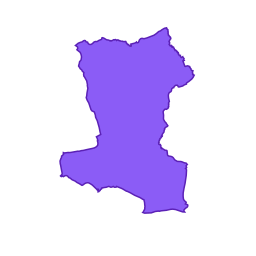 outline of Mueang Sukhothai, Sukhothai, Thailand, rotated 75°
{"feature_id": "78962969B37959209018419", "entity_name": "Mueang Sukhothai", "entity_type": "district", "adm_level": 2, "iso_a3": "THA", "parent_name": "Thailand", "parent_adm1": "Sukhothai", "projection": "mercator", "projection_center": [99.745, 17.015], "detail": "fine", "context": "isolated", "style": "filled", "palette": "violet", "viewbox_px": 256, "rotation_deg": 75, "n_neighbors": 0, "source": "geoboundaries", "source_scale": "gbopen_adm2", "svg_char_len": 5634}
<svg xmlns="http://www.w3.org/2000/svg" viewBox="0 0 256 256"><g transform="rotate(75 128 128)"><path d="M34.7,157.4L35.8,156.4L36.7,155.8L37.3,155.8L38.2,156.0L39.2,157.1L42.6,154.6L44.9,154.3L46.6,154.4L47.6,154.6L49.9,155.6L50.5,156.2L51.4,157.6L53.3,158.5L54.9,159.5L55.5,159.7L56.8,159.2L58.4,158.8L59.7,157.8L60.3,157.6L61.4,157.4L63.0,156.3L64.6,157.0L66.6,157.2L67.4,156.8L71.8,155.7L74.8,155.9L75.9,156.0L76.4,156.3L78.5,156.5L79.0,156.4L83.7,158.6L86.1,159.5L87.9,160.5L90.7,160.2L93.7,159.4L100.6,159.0L102.0,158.5L103.8,156.4L107.0,156.2L109.3,156.5L113.1,155.8L120.0,155.7L124.6,156.0L127.2,156.0L128.3,160.8L130.1,160.4L132.4,160.4L132.5,160.9L134.7,160.9L136.8,161.7L137.9,163.3L138.5,165.5L138.5,167.8L138.2,173.3L138.1,176.9L137.8,178.9L137.8,181.4L137.4,182.4L136.8,189.5L136.4,191.8L136.2,191.9L136.1,192.4L135.7,195.8L135.0,196.8L135.9,197.1L136.6,197.0L137.6,198.5L137.9,199.4L139.5,200.0L140.0,200.6L142.3,202.2L145.1,202.7L146.5,202.7L151.4,203.1L154.8,203.3L155.4,203.6L156.0,204.2L156.8,205.6L157.4,205.3L157.7,204.8L157.8,204.5L157.4,203.7L158.3,202.8L157.8,201.5L157.9,200.1L158.2,199.5L159.0,198.7L160.5,198.1L161.4,196.9L163.5,195.4L165.6,192.8L167.4,191.4L169.1,189.5L171.4,187.4L171.5,187.1L171.3,186.1L170.5,184.2L170.3,183.1L170.3,181.6L170.8,180.2L172.3,178.6L173.9,177.2L178.9,174.2L179.2,173.7L179.3,172.9L179.5,172.6L180.3,172.9L180.3,173.5L180.8,173.2L181.8,173.4L181.7,172.9L181.9,172.7L181.4,171.9L181.1,171.1L180.4,170.6L179.9,169.2L179.3,169.0L179.1,168.5L179.1,168.2L179.3,167.9L179.3,166.7L179.6,164.4L179.4,161.9L179.6,161.4L180.7,160.0L180.9,158.8L180.6,157.4L181.6,156.6L181.9,155.7L182.0,154.5L181.5,154.0L182.1,153.3L184.7,149.8L185.7,148.7L188.6,145.9L188.9,145.2L191.2,142.5L194.7,139.0L198.4,134.3L200.7,132.2L201.4,131.2L204.3,131.3L206.9,131.8L207.8,131.8L209.5,132.5L210.5,132.7L213.1,135.1L213.4,135.6L214.5,134.1L216.0,127.4L215.7,123.4L216.1,120.1L216.5,119.5L216.6,117.2L217.4,112.3L217.6,107.7L218.0,105.7L219.1,103.1L223.2,96.9L223.8,95.0L222.5,95.5L221.5,95.0L220.3,93.0L220.0,91.8L219.6,91.1L218.9,90.5L218.0,90.2L217.8,90.2L217.5,90.4L216.2,92.2L215.7,91.6L214.8,91.0L213.0,92.2L211.5,92.8L210.8,92.8L208.1,92.4L205.0,91.5L200.9,89.6L196.0,87.1L188.8,84.0L183.9,82.4L183.0,82.3L182.0,82.9L181.6,81.9L181.4,81.9L181.3,81.6L179.6,81.7L178.5,80.2L178.2,80.5L177.4,80.7L177.0,80.9L176.2,82.6L174.8,84.4L174.1,85.5L173.0,89.0L171.2,90.8L170.6,91.2L168.4,92.0L167.4,92.7L166.5,93.9L165.8,95.6L165.0,96.6L164.4,96.8L160.1,96.2L159.7,96.4L159.4,97.0L158.8,98.4L158.2,98.7L156.9,100.0L156.7,100.7L156.2,100.6L156.0,101.1L155.7,100.9L155.6,101.2L155.1,101.3L153.6,100.8L152.3,101.1L152.3,101.8L151.5,102.5L151.2,102.5L150.4,101.8L149.9,102.1L149.5,101.7L148.7,101.5L148.4,101.0L147.6,100.7L147.5,100.2L147.0,100.0L146.6,100.0L146.3,99.5L146.0,98.5L145.3,98.1L144.9,98.1L144.8,97.8L145.1,97.6L145.0,97.2L144.6,96.9L144.1,97.3L144.0,97.1L143.1,96.6L142.6,96.1L141.1,94.2L140.0,93.9L138.6,92.8L138.3,93.0L138.0,92.9L137.2,91.6L136.7,90.1L136.7,89.5L136.1,88.9L133.7,89.8L133.2,89.8L131.4,90.8L128.9,91.4L128.1,91.3L124.8,90.3L121.5,89.9L120.5,89.2L119.5,87.7L119.4,87.2L119.9,86.0L119.4,84.5L118.9,83.8L118.0,83.6L118.0,83.2L117.9,83.1L115.5,82.7L115.4,82.3L114.3,82.4L113.1,81.2L109.7,81.1L107.9,80.8L106.6,80.5L105.2,79.7L104.4,78.8L104.1,77.4L103.7,76.8L103.0,76.3L101.8,75.8L101.3,75.4L100.8,74.3L100.9,73.4L100.0,72.8L99.1,71.1L99.4,69.4L100.0,69.0L101.2,68.8L101.6,68.2L101.6,64.8L101.5,64.0L100.9,62.4L100.7,60.2L100.0,60.0L99.6,59.7L98.8,57.2L97.2,53.7L95.9,52.0L94.1,50.4L93.8,50.8L93.5,51.0L93.5,51.3L93.0,51.2L92.8,51.6L92.4,51.4L91.4,51.5L91.1,51.3L90.7,51.3L90.5,50.9L89.9,50.8L89.4,50.5L88.9,51.7L87.9,52.0L87.2,51.8L86.5,52.2L85.6,52.4L85.3,52.7L85.1,52.5L84.6,52.5L83.4,54.2L83.3,56.0L83.4,56.3L83.3,56.9L83.1,57.1L77.4,57.6L77.3,56.2L76.7,56.4L76.2,56.6L75.5,55.9L74.1,56.5L73.9,56.7L73.3,56.7L73.7,58.3L72.2,58.9L71.4,58.6L71.2,59.1L71.2,59.4L70.5,60.0L70.2,59.9L69.4,60.3L69.1,59.9L68.1,59.9L67.9,60.6L67.5,60.7L67.1,61.0L66.7,60.7L66.5,60.9L66.5,61.2L65.7,61.4L65.5,61.8L65.3,61.8L65.3,62.2L65.0,62.1L64.8,62.4L64.6,62.3L64.3,62.6L63.5,62.9L63.0,62.7L62.0,63.4L61.7,63.3L61.7,63.6L61.2,63.8L61.3,64.1L61.0,64.1L61.1,64.5L60.9,64.5L60.6,64.8L60.2,64.6L60.1,64.9L59.6,64.8L59.7,65.4L59.5,66.0L58.9,66.3L58.7,66.2L58.4,66.4L58.2,66.2L58.0,66.4L57.9,66.2L57.6,66.2L57.4,66.0L56.6,66.0L56.5,65.9L56.4,65.7L55.8,65.7L55.2,66.0L54.9,65.9L53.7,64.6L53.2,64.3L53.0,63.7L52.4,63.4L51.3,63.5L51.2,63.8L50.5,63.9L50.3,64.2L49.0,64.6L48.9,64.8L48.6,65.0L48.0,64.8L47.0,64.9L46.6,64.5L45.4,64.6L45.0,64.2L44.5,64.3L43.5,64.0L42.7,64.6L42.3,64.6L42.0,65.1L41.2,64.9L41.1,67.0L41.9,69.9L42.6,71.5L42.7,73.0L42.9,73.7L44.1,76.1L45.1,78.9L45.9,86.5L45.9,87.8L45.9,89.4L45.0,91.3L45.0,92.6L45.9,94.2L47.6,95.4L48.0,95.9L48.1,96.9L47.9,97.3L47.1,97.6L47.5,98.2L47.7,99.1L47.8,100.9L47.7,101.0L47.7,102.0L47.7,103.6L49.4,103.6L49.7,103.8L49.8,104.0L49.2,104.8L49.1,105.2L48.6,105.6L47.5,105.8L47.3,106.8L47.1,106.8L46.3,107.2L46.0,107.1L45.6,107.6L43.9,107.7L43.6,108.3L43.7,109.0L43.1,110.6L42.8,110.7L42.8,111.1L42.6,111.4L42.3,112.4L41.5,113.3L41.5,113.9L40.9,114.2L40.7,114.6L40.4,114.7L40.2,115.1L40.5,116.4L39.8,116.6L39.3,117.2L39.4,118.3L39.1,118.5L39.0,119.1L39.5,120.6L39.4,121.1L39.6,121.9L39.1,122.2L39.0,123.1L38.2,123.7L37.2,125.9L34.9,128.1L34.2,129.2L34.1,129.6L34.2,129.9L35.3,130.4L35.6,130.9L35.8,133.2L36.5,135.6L36.0,137.2L36.2,138.6L36.5,139.4L37.0,139.8L37.7,141.9L37.5,143.1L37.0,143.9L36.1,144.6L34.6,144.8L34.0,146.1L32.6,146.6L32.2,147.3L32.2,148.2L33.0,150.3L32.9,151.6L33.2,154.1L34.7,157.4Z" fill="#8b5cf6" stroke="#5b21b6" stroke-width="1.5"/></g></svg>